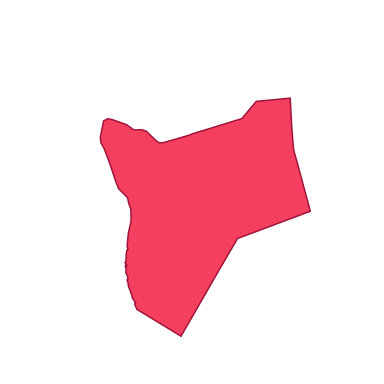 the district of Aoujeft, Adrar, Mauritania, rotated 300°
{"feature_id": "47542326B38912627875653", "entity_name": "Aoujeft", "entity_type": "district", "adm_level": 2, "iso_a3": "MRT", "parent_name": "Mauritania", "parent_adm1": "Adrar", "projection": "albers", "projection_center": [-13.419, 19.526], "detail": "fine", "context": "isolated", "style": "filled", "palette": "rose", "viewbox_px": 384, "rotation_deg": 300, "n_neighbors": 0, "source": "geoboundaries", "source_scale": "gbopen_adm2", "svg_char_len": 1056}
<svg xmlns="http://www.w3.org/2000/svg" viewBox="0 0 384 384"><g transform="rotate(300 192 192)"><path d="M61.6,254.6L135.6,254.5L160.4,254.6L174.5,254.7L234.5,304.1L270.6,267.9L272.7,265.7L278.0,260.3L281.0,257.7L298.6,245.6L322.4,230.1L302.6,202.3L280.5,198.5L242.0,162.7L240.5,161.8L220.5,142.6L218.2,139.4L218.6,135.0L220.0,129.1L221.8,122.2L220.9,117.4L216.7,110.7L217.6,101.5L215.8,92.2L215.0,87.5L213.5,82.5L209.4,79.9L193.9,85.1L189.3,88.2L185.7,94.1L180.9,100.1L175.3,106.8L163.6,120.0L162.6,121.2L158.2,126.7L154.8,139.2L150.6,142.8L146.5,147.7L136.5,153.7L124.4,157.5L122.8,158.2L112.8,162.8L111.1,164.3L110.6,165.1L109.1,164.7L105.7,165.9L99.4,169.2L98.2,169.5L97.3,169.3L96.4,171.5L95.7,172.2L95.4,171.6L95.3,171.1L94.7,171.6L94.5,172.2L94.0,171.6L93.5,172.2L92.9,172.8L92.2,173.4L91.5,173.8L88.8,175.2L87.3,177.7L86.0,179.0L84.0,180.2L83.4,179.8L82.1,180.9L81.5,182.0L78.7,183.9L75.9,187.5L71.7,192.3L70.6,193.1L68.6,196.9L67.9,198.6L67.1,198.1L65.7,199.1L62.8,203.0L61.6,254.6Z" fill="#f43f5e" stroke="#9f1239" stroke-width="1.5"/></g></svg>